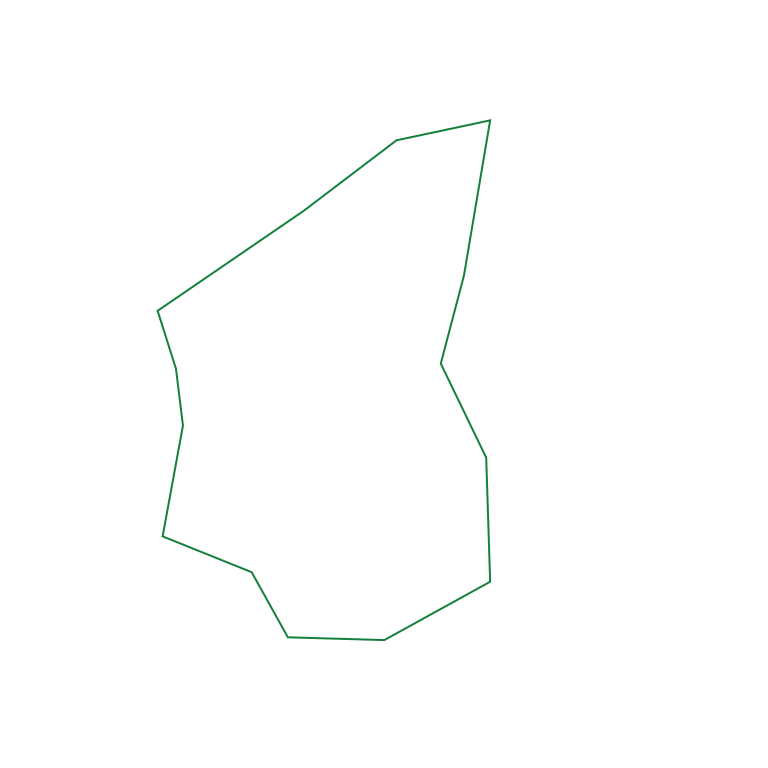 outline of Tarxien, rotated 134°
{"feature_id": "MLT-5960", "entity_name": "Tarxien", "entity_type": "state/province", "adm_level": 1, "iso_a3": "MLT", "parent_name": "Malta", "parent_adm1": "", "projection": "mercator", "projection_center": [14.508, 35.862], "detail": "fine", "context": "isolated", "style": "outline", "palette": "green", "viewbox_px": 768, "rotation_deg": 134, "n_neighbors": 0, "source": "natural_earth", "source_scale": "10m", "svg_char_len": 346}
<svg xmlns="http://www.w3.org/2000/svg" viewBox="0 0 768 768"><g transform="rotate(134 384 384)"><path d="M647.4,437.4L553.6,499.7L517.5,544.3L488.6,597.7L315.4,562.1L200.0,544.3L120.6,490.8L250.5,401.8L329.9,357.3L366.0,259.3L452.5,170.3L568.0,205.9L633.0,277.2L611.3,348.4L647.4,437.4Z" fill="none" stroke="#15803d" stroke-width="2"/></g></svg>